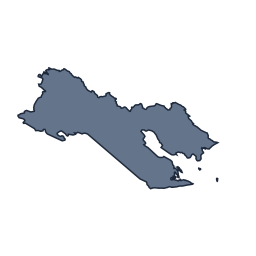 outline of Leningrad, rotated 207°
{"feature_id": "RUS-2336", "entity_name": "Leningrad", "entity_type": "Region", "adm_level": 1, "iso_a3": "RUS", "parent_name": "Russia", "parent_adm1": "", "projection": "natural_earth1", "projection_center": [31.635, 59.881], "detail": "fine", "context": "isolated", "style": "filled", "palette": "slate", "viewbox_px": 256, "rotation_deg": 207, "n_neighbors": 0, "source": "natural_earth", "source_scale": "10m", "svg_char_len": 5853}
<svg xmlns="http://www.w3.org/2000/svg" viewBox="0 0 256 256"><g transform="rotate(207 128 128)"><path d="M49.8,103.7L53.3,100.9L55.6,99.8L57.8,97.8L61.3,95.5L62.3,95.0L64.4,94.6L66.2,92.6L68.8,90.5L70.2,90.0L73.2,88.4L76.8,87.0L78.5,86.0L80.3,84.2L82.2,84.7L83.3,85.6L85.3,86.2L86.7,88.1L87.3,88.3L94.2,88.1L161.3,104.3L163.5,104.0L164.5,103.6L165.5,102.8L166.2,101.9L170.2,101.5L170.8,101.2L171.5,100.2L173.2,99.4L171.8,99.0L171.8,98.7L173.8,96.8L178.3,95.4L177.8,94.2L178.1,93.5L179.1,93.4L181.5,94.5L186.1,95.2L187.5,93.7L188.7,91.3L188.7,90.8L188.4,90.5L187.2,89.9L185.8,89.7L184.4,89.9L183.9,90.2L183.3,91.1L182.1,91.3L181.4,91.0L180.3,90.1L179.0,89.6L178.7,88.9L178.8,88.4L180.8,86.7L196.9,86.1L197.9,86.3L199.8,87.3L200.8,88.7L201.4,89.0L202.5,88.5L202.8,87.7L202.5,87.1L202.5,86.8L204.4,85.4L206.9,85.0L209.1,83.7L210.5,84.7L211.2,85.0L221.5,85.7L223.2,84.7L223.9,85.3L223.2,87.6L223.3,88.0L224.7,88.6L225.8,88.6L229.7,87.7L231.5,88.8L231.8,89.6L230.6,90.7L230.4,91.7L228.7,93.2L228.3,93.2L227.7,94.0L227.4,94.1L227.2,94.7L227.8,95.7L226.8,97.2L226.3,97.6L222.3,98.1L221.2,98.6L220.5,99.3L219.1,100.3L219.3,101.0L220.5,101.9L220.7,102.8L221.2,103.2L221.4,103.9L222.0,106.2L221.9,110.4L221.4,113.9L220.4,115.2L219.5,115.9L219.7,117.7L219.5,119.8L220.3,120.9L220.3,121.7L219.9,122.0L218.3,122.8L218.2,123.4L218.5,123.6L221.0,124.0L221.9,124.6L223.2,124.6L223.9,124.9L226.1,124.9L227.5,126.5L226.1,127.1L225.4,127.9L225.5,130.4L226.1,133.0L226.5,133.3L227.5,133.5L231.3,133.0L231.7,133.6L231.7,134.8L231.4,135.4L230.6,135.7L228.7,134.9L228.3,135.0L228.5,135.9L228.3,138.0L226.9,138.7L228.4,139.3L228.5,139.6L228.1,139.9L227.5,140.0L224.2,139.3L223.4,139.5L223.8,140.0L225.5,140.5L226.3,141.4L227.3,141.7L227.2,142.3L226.3,143.5L224.8,143.9L224.3,144.5L224.4,145.0L225.8,145.3L225.8,145.7L222.5,145.8L221.0,146.8L219.9,147.1L217.5,147.2L215.4,148.0L215.1,147.8L214.9,147.2L214.6,147.3L213.6,148.5L213.3,149.4L212.0,150.7L212.1,151.5L211.9,151.8L210.2,151.8L207.9,151.3L206.0,151.6L204.7,150.8L203.1,150.5L201.5,149.5L199.7,149.2L198.7,148.8L197.8,149.7L195.8,149.6L195.4,150.0L195.3,150.5L192.7,150.3L191.4,149.8L190.5,148.5L189.9,148.5L189.5,148.8L188.5,148.4L188.2,147.7L186.9,146.9L186.1,145.7L184.1,145.3L183.2,144.3L181.1,143.4L177.1,143.3L177.0,144.7L176.8,145.0L174.8,145.0L174.1,144.3L172.7,143.6L170.1,143.1L168.9,141.7L167.7,141.8L167.1,143.2L165.9,144.0L165.0,144.2L162.4,146.5L162.3,147.1L163.1,148.3L162.9,148.7L161.6,150.6L160.4,151.1L159.8,149.8L158.7,149.4L156.7,148.9L155.7,149.0L154.6,148.6L153.0,148.5L152.6,148.6L152.4,148.9L151.9,148.8L151.6,148.4L152.2,147.7L152.1,147.0L151.2,146.1L150.2,146.0L149.8,144.7L148.3,143.9L147.7,142.8L144.9,143.4L143.8,143.2L143.3,142.6L142.7,142.8L141.9,143.3L140.8,145.0L140.1,145.3L138.8,145.2L136.8,144.3L133.9,143.6L133.5,144.0L133.7,145.3L133.4,146.8L133.6,147.3L134.1,147.8L134.1,148.3L132.9,148.7L132.4,149.7L132.3,150.9L131.6,152.1L129.6,153.1L128.4,154.3L128.2,154.8L128.3,155.2L128.0,155.4L126.9,155.5L125.4,154.2L124.6,153.3L124.4,152.6L122.9,152.7L122.2,152.3L120.7,152.6L120.2,153.1L120.2,154.7L119.8,155.6L118.6,156.9L114.9,159.4L114.1,160.3L113.9,162.4L113.6,162.7L108.5,163.2L106.0,163.9L105.5,163.8L104.9,163.2L103.8,163.0L103.3,162.6L102.2,162.6L100.6,162.2L99.0,163.3L99.4,164.5L98.8,165.4L98.7,166.1L98.8,166.6L100.5,169.3L99.3,169.8L99.2,170.2L99.6,170.5L99.5,170.8L98.0,171.5L97.5,172.2L93.4,172.1L91.3,172.3L89.6,171.8L88.3,172.0L85.4,171.1L85.0,170.7L86.0,169.5L84.3,169.2L83.5,167.6L78.4,166.6L78.6,166.3L79.6,166.2L79.8,165.9L79.1,165.3L78.7,164.4L78.1,164.0L74.7,163.1L73.2,162.0L71.7,161.7L72.0,160.8L71.2,160.5L66.7,160.3L61.8,159.1L56.2,159.3L55.2,159.5L53.1,157.7L52.3,155.9L51.5,155.2L50.1,155.4L48.0,154.9L47.0,155.1L45.6,154.5L42.4,155.6L41.3,155.7L43.5,152.6L44.9,150.0L45.7,147.6L46.1,147.0L46.0,146.4L46.5,146.0L47.8,145.5L50.6,145.5L51.1,145.1L48.8,144.6L49.6,144.4L51.5,144.3L52.6,143.7L53.2,143.9L53.3,143.4L52.2,142.6L51.4,141.4L49.8,140.6L49.4,140.1L50.3,138.6L50.7,137.1L50.2,135.7L49.0,133.9L48.9,133.2L49.3,131.5L51.2,130.3L52.1,130.5L53.5,131.5L54.4,133.6L58.0,134.4L58.7,133.9L59.0,133.1L59.1,130.6L59.3,129.8L60.5,128.7L61.1,128.4L61.9,128.4L63.0,129.2L65.3,129.9L65.8,130.5L66.3,130.7L67.4,130.3L69.0,130.7L70.2,129.7L71.1,129.8L72.4,129.3L73.9,127.6L73.8,127.1L72.6,126.3L73.4,126.3L75.2,124.7L76.9,124.0L79.4,124.2L89.7,125.6L89.3,128.1L91.7,129.5L93.3,129.4L94.0,130.6L96.4,131.8L99.6,134.5L103.0,136.1L105.7,136.3L108.9,135.5L110.1,133.8L111.1,133.3L112.9,133.6L114.7,132.5L114.9,130.9L110.8,129.3L109.1,128.3L109.2,126.2L109.5,125.0L108.9,124.2L105.9,123.0L105.3,122.2L105.6,121.1L106.3,120.3L104.6,119.8L101.3,119.6L88.3,115.9L86.7,116.1L85.2,116.7L83.8,117.6L83.2,118.5L83.1,118.9L75.4,118.6L73.6,118.1L71.4,115.5L69.9,115.0L68.9,113.0L68.5,112.8L68.2,113.6L67.2,113.6L64.2,112.4L61.9,109.1L60.4,107.6L60.0,106.9L60.9,106.7L61.7,106.9L62.0,108.1L62.5,108.4L64.2,109.1L65.8,110.1L66.3,110.0L66.4,109.4L66.2,108.8L65.3,107.7L65.3,105.9L65.4,105.3L65.9,105.2L65.0,103.6L65.2,103.2L66.6,103.6L67.1,102.9L66.8,102.0L66.1,101.5L65.3,101.8L63.3,103.2L62.1,103.1L61.0,103.6L59.8,103.5L59.2,103.7L58.8,105.0L57.8,104.9L57.3,105.1L57.7,105.4L57.8,105.9L56.9,105.6L56.4,105.8L54.7,107.3L53.4,107.1L52.9,107.8L51.9,107.6L50.4,108.0L47.2,107.9L46.5,107.5L46.4,106.7L45.2,107.9L44.7,107.8L45.1,107.1L49.8,103.7ZM65.7,114.9L66.6,115.3L66.2,115.5L66.0,116.1L64.3,115.8L62.6,114.8L62.4,113.4L63.0,113.6L63.3,113.4L63.4,113.7L64.0,113.8L65.7,114.9ZM64.7,105.7L63.9,106.4L63.3,106.3L63.0,105.9L63.0,104.8L63.3,104.4L64.0,104.3L64.3,104.5L64.7,105.7ZM26.0,122.8L26.1,123.3L25.9,123.6L25.1,123.6L24.2,121.3L24.3,121.0L24.6,121.1L26.0,122.8ZM61.0,113.0L61.9,113.9L61.8,114.5L61.4,114.6L59.6,113.0L60.3,112.8L61.0,113.0ZM46.5,123.8L46.7,124.3L45.0,124.6L44.6,124.4L44.5,124.1L45.0,123.2L46.5,123.8Z" fill="#64748b" stroke="#1e293b" stroke-width="1.5"/></g></svg>